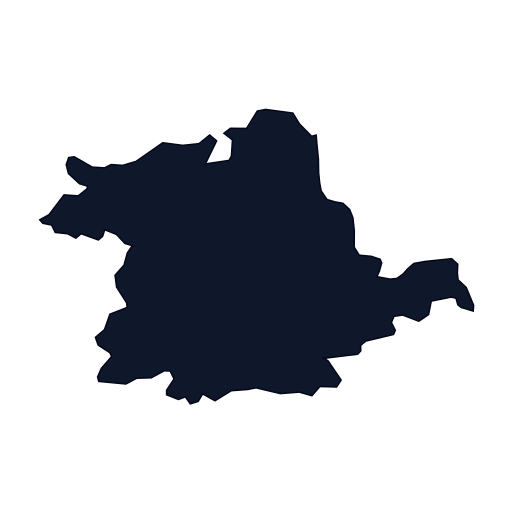 SVG path tracing the border of Worcestershire, rotated 174°
{"feature_id": "GBR-2776", "entity_name": "Worcestershire", "entity_type": "Administrative County", "adm_level": 1, "iso_a3": "GBR", "parent_name": "United Kingdom", "parent_adm1": "", "projection": "equal_earth", "projection_center": [-2.174, 52.204], "detail": "fine", "context": "isolated", "style": "filled", "palette": "ink", "viewbox_px": 512, "rotation_deg": 174, "n_neighbors": 0, "source": "natural_earth", "source_scale": "10m", "svg_char_len": 1775}
<svg xmlns="http://www.w3.org/2000/svg" viewBox="0 0 512 512"><g transform="rotate(174 256 256)"><path d="M467.3,314.6L457.5,318.8L440.5,336.9L426.6,334.4L416.9,340.6L416.5,343.2L424.0,346.3L433.9,357.6L435.2,366.7L432.0,373.5L426.4,373.7L409.5,361.5L397.4,359.5L390.5,362.1L379.2,360.1L365.5,362.6L336.9,378.4L317.3,373.7L301.0,373.7L289.4,381.2L283.1,374.6L296.7,352.9L272.8,353.9L270.0,358.0L267.3,373.9L275.1,381.4L268.1,385.7L252.1,383.9L239.6,400.0L231.2,400.8L204.4,394.3L199.0,382.9L188.2,369.3L183.5,370.0L183.7,361.3L183.8,345.8L185.0,331.9L185.0,321.8L184.4,314.1L179.5,304.8L172.1,301.7L164.1,299.4L158.0,292.4L155.6,283.9L155.6,270.7L157.4,254.5L153.2,246.0L141.5,243.7L132.9,239.8L131.7,236.0L134.8,228.2L137.9,222.8L125.0,219.0L118.2,219.0L111.5,222.8L106.5,227.4L99.8,232.1L88.7,232.9L74.0,232.9L61.7,232.9L56.2,226.7L57.5,218.2L57.5,211.2L50.2,202.7L44.7,184.2L45.7,178.5L57.4,183.4L60.4,186.4L61.5,193.1L66.2,194.7L86.4,192.8L90.5,179.7L100.9,174.1L116.2,181.9L125.1,181.6L128.3,175.6L125.2,167.6L127.4,163.6L155.7,159.9L161.3,156.1L161.7,150.7L165.1,147.7L199.0,147.1L195.2,144.1L184.3,123.7L189.5,117.3L206.1,119.5L215.0,111.2L227.2,116.1L246.2,116.6L269.8,124.9L278.0,124.1L294.7,124.6L311.9,116.3L323.5,124.4L328.7,117.4L336.8,115.8L341.0,123.3L348.1,121.4L359.4,127.3L359.0,131.8L350.4,142.3L353.4,150.6L359.4,151.4L372.9,145.8L387.4,146.9L398.8,142.3L425.5,147.7L426.2,152.3L421.6,160.4L410.1,171.1L411.5,175.1L422.3,183.9L424.2,191.9L414.4,198.6L407.4,213.4L389.6,218.3L389.5,222.8L397.9,239.6L398.2,251.6L388.2,260.8L383.7,272.4L378.0,279.2L385.1,282.2L392.6,292.1L403.7,297.9L406.5,291.6L411.1,288.4L427.6,296.4L433.3,292.6L441.0,297.8L453.2,300.4L456.0,308.1L464.6,310.8L467.3,314.6Z" fill="#0f172a" stroke="#020617" stroke-width="1.5"/></g></svg>